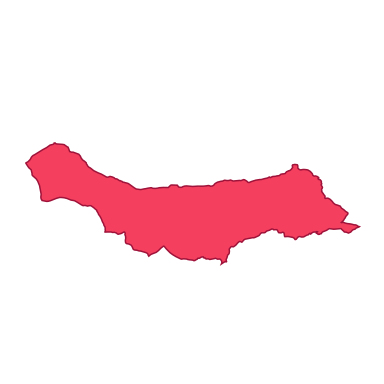 outline of Páramo, Santander, Colombia, rotated 258°
{"feature_id": "7082276B4805358914632", "entity_name": "Páramo", "entity_type": "district", "adm_level": 2, "iso_a3": "COL", "parent_name": "Colombia", "parent_adm1": "Santander", "projection": "robinson", "projection_center": [-73.178, 6.414], "detail": "fine", "context": "isolated", "style": "filled", "palette": "rose", "viewbox_px": 384, "rotation_deg": 258, "n_neighbors": 0, "source": "geoboundaries", "source_scale": "gbopen_adm2", "svg_char_len": 6079}
<svg xmlns="http://www.w3.org/2000/svg" viewBox="0 0 384 384"><g transform="rotate(258 192 192)"><path d="M196.8,300.6L197.6,298.2L197.6,296.1L197.1,295.6L196.3,295.5L195.8,295.6L195.2,295.6L193.7,294.0L192.8,292.6L192.6,290.7L192.1,288.6L190.7,286.9L190.7,285.5L190.9,284.0L190.9,282.7L190.8,282.3L190.0,281.1L189.9,280.7L190.1,278.3L190.0,276.8L190.4,274.3L190.2,273.1L189.8,271.9L189.9,271.4L190.5,271.0L190.6,270.7L190.0,268.8L190.0,265.6L189.8,262.3L190.1,260.7L190.3,256.8L189.9,252.3L189.4,249.8L189.8,248.8L191.3,247.8L192.8,246.2L193.1,245.8L193.4,245.0L193.0,242.6L193.1,241.7L193.4,241.0L194.1,235.2L194.2,234.5L195.7,232.2L195.6,230.4L195.9,228.6L196.7,226.5L196.7,225.9L196.3,224.1L196.3,223.4L196.5,222.9L196.3,218.9L195.5,216.4L194.9,215.5L194.3,214.9L193.9,214.0L193.7,213.4L193.7,211.9L193.8,211.2L194.3,210.8L194.7,210.0L194.9,209.4L195.0,208.3L195.0,207.4L195.4,204.1L196.1,200.8L196.5,199.1L197.3,193.8L199.0,188.2L199.3,186.3L199.2,184.3L198.8,183.1L198.8,182.2L199.5,180.3L199.8,179.9L201.7,179.1L203.1,173.5L203.1,172.9L203.0,172.4L201.3,169.7L202.4,165.0L203.0,160.8L202.9,159.5L203.1,157.0L203.8,154.3L204.5,153.4L204.7,152.9L204.9,150.0L204.9,146.9L205.0,146.1L205.0,143.1L205.1,142.1L206.5,138.1L207.9,136.6L213.4,131.6L214.0,130.7L215.4,127.8L215.8,127.4L215.9,126.6L216.2,126.1L216.9,125.8L217.2,125.4L217.5,124.7L218.1,124.0L218.2,123.4L220.1,121.6L220.5,121.0L220.7,120.1L221.0,119.6L222.1,118.8L223.2,117.3L224.2,115.3L224.3,114.7L224.0,113.5L224.1,112.1L224.5,111.4L228.3,107.1L230.3,104.1L233.3,100.3L236.6,97.6L237.7,96.3L238.8,95.5L240.3,95.1L241.3,94.6L242.6,94.6L244.5,93.2L246.2,91.6L247.0,91.2L247.8,91.0L248.3,90.6L250.2,90.3L252.5,89.1L255.8,83.8L255.8,82.8L257.0,80.8L261.6,80.1L262.1,79.4L264.9,76.8L265.5,75.3L267.0,70.1L267.3,69.3L268.0,68.2L268.5,68.2L268.5,67.3L268.0,67.2L267.5,65.9L267.4,62.9L265.7,59.1L264.4,54.7L261.2,45.8L260.8,44.2L260.1,43.0L259.3,42.0L258.0,41.0L257.3,40.3L255.7,37.9L255.0,35.6L254.6,35.5L251.4,36.7L249.4,37.6L247.2,39.3L243.2,39.4L242.6,39.2L241.8,39.2L241.2,39.4L237.3,42.3L234.8,43.3L230.0,44.2L221.2,44.0L218.5,43.1L217.5,43.0L216.5,43.0L215.5,43.5L214.9,43.5L213.0,47.9L212.8,49.4L212.9,51.6L214.0,58.1L214.2,61.4L213.7,63.5L212.9,65.9L211.6,68.5L209.3,71.9L207.9,75.3L205.7,77.8L202.3,81.3L201.3,82.6L201.2,83.9L201.0,84.8L199.9,87.0L200.0,88.5L199.8,89.7L199.4,90.5L197.0,92.7L195.3,93.9L194.0,95.0L193.4,94.9L190.4,95.9L189.6,95.9L187.0,97.1L186.3,97.2L184.8,97.7L181.5,98.2L179.3,98.9L177.5,99.0L176.0,99.6L174.7,99.6L173.0,99.2L172.2,99.3L171.5,98.7L170.9,98.6L170.2,102.4L169.6,104.9L169.1,105.5L168.9,106.2L168.7,107.7L167.6,109.5L166.4,110.4L166.0,111.2L166.1,113.7L166.3,114.8L166.9,116.5L167.0,117.2L166.8,117.7L165.5,118.1L164.1,117.5L162.9,117.8L160.7,117.6L158.7,116.8L157.5,116.6L156.7,116.5L155.8,116.7L155.1,117.3L154.3,119.3L152.8,121.3L151.3,122.0L148.8,122.5L148.1,122.7L147.6,123.2L147.2,123.8L146.5,126.0L145.5,127.7L144.8,129.7L142.4,134.1L141.4,135.4L140.6,135.9L139.3,136.0L138.2,136.4L139.3,138.4L139.6,139.3L140.4,144.4L141.6,146.9L143.6,150.0L144.8,152.5L144.9,153.0L144.7,153.4L143.9,153.9L141.9,154.9L137.2,157.9L134.8,160.0L132.1,162.9L129.0,166.9L128.5,167.7L128.4,169.9L127.5,172.9L126.9,173.7L126.3,175.2L125.2,178.6L124.4,179.6L124.4,180.6L124.8,181.5L125.1,183.0L125.9,183.7L125.7,185.7L125.9,186.3L126.3,187.2L126.4,188.0L126.3,189.4L126.1,189.6L125.3,189.6L124.7,191.1L124.3,191.1L123.5,192.0L123.3,193.9L122.3,195.4L122.2,200.2L122.3,201.1L122.1,201.5L121.0,203.0L120.7,205.1L120.3,205.7L119.0,206.4L118.3,206.6L117.2,206.6L116.4,206.4L115.5,205.8L116.7,208.8L116.9,209.7L116.6,211.2L116.9,211.4L118.3,211.2L119.2,211.6L120.4,212.5L122.9,213.8L123.7,215.1L124.5,215.7L126.3,216.3L128.3,216.5L128.7,216.8L130.3,218.8L130.4,219.5L130.3,219.9L129.9,220.5L129.8,221.3L130.9,223.8L133.1,226.7L133.7,228.1L133.5,229.0L132.6,230.2L132.8,230.9L133.4,231.5L134.4,232.9L134.8,234.1L134.7,241.7L134.4,242.7L134.4,243.8L135.3,248.0L135.7,248.9L137.0,250.3L137.6,251.5L137.6,251.8L137.2,253.5L137.1,254.7L137.3,255.4L138.0,256.4L138.3,257.3L138.5,259.9L139.2,262.2L138.9,263.4L138.0,264.1L137.8,265.8L137.5,267.1L136.7,267.6L134.4,268.2L134.1,268.5L133.5,270.6L133.8,272.0L133.6,272.7L132.9,273.4L132.5,273.5L129.5,273.3L129.0,273.5L128.6,276.1L128.2,277.5L126.6,281.2L125.9,282.0L125.2,282.5L124.1,282.9L124.0,283.1L124.1,284.1L125.7,286.1L126.1,287.1L126.1,288.0L125.1,290.0L124.9,292.0L125.9,295.2L126.0,297.0L126.8,297.9L127.0,298.5L126.8,299.1L126.3,299.1L126.2,299.2L126.3,299.4L126.6,300.3L127.3,301.1L127.5,302.3L127.2,304.8L127.3,305.8L127.1,306.4L127.0,306.5L126.9,306.3L126.3,305.0L125.9,305.0L124.9,306.4L124.4,306.5L124.2,307.1L124.1,308.0L124.4,308.6L124.4,309.9L125.1,310.4L125.6,311.0L125.9,311.9L126.5,315.5L127.0,316.9L127.4,317.8L127.6,318.7L126.1,323.0L125.8,325.3L125.3,329.6L125.1,330.2L123.5,331.2L122.3,332.1L121.2,332.7L120.6,334.6L119.3,336.5L119.8,338.9L121.2,340.8L121.5,341.5L121.7,342.4L121.7,343.6L122.6,345.1L123.1,348.0L123.3,348.5L124.1,347.1L125.2,346.2L125.8,345.2L126.2,343.7L127.0,342.2L127.8,340.4L128.9,337.2L129.7,335.5L130.7,333.9L130.9,333.3L131.0,331.8L131.1,331.7L131.5,332.5L132.8,334.4L134.3,335.7L135.0,336.7L135.8,337.0L136.3,337.6L137.8,339.6L138.3,340.0L138.9,340.1L139.4,340.0L141.0,338.3L143.0,336.9L145.1,334.9L146.1,334.4L146.9,334.3L147.3,334.1L148.8,331.8L149.9,329.7L150.7,328.9L152.1,327.9L153.5,327.3L156.0,325.7L157.5,324.0L157.9,322.9L158.0,321.0L158.2,320.8L158.7,320.7L159.9,321.2L160.4,321.2L161.0,321.0L162.2,320.3L163.4,320.0L164.0,319.5L164.9,319.3L165.4,318.9L166.0,319.2L167.7,319.3L168.1,319.6L168.5,320.1L169.5,320.6L172.0,319.8L172.4,319.9L172.8,320.5L173.2,320.6L173.5,320.6L174.3,320.4L175.1,320.7L175.5,320.7L176.1,320.6L177.3,319.9L177.7,319.2L177.8,318.8L178.6,318.1L179.0,318.1L179.4,318.9L179.9,318.9L181.2,317.6L182.0,316.2L182.1,315.0L182.8,314.0L183.2,313.7L184.8,313.5L185.8,313.0L187.5,312.0L189.4,310.0L190.0,308.7L190.8,306.1L191.0,304.5L191.0,302.9L191.4,302.1L192.2,301.2L193.4,300.5L195.3,300.9L196.2,300.9L196.8,300.6Z" fill="#f43f5e" stroke="#9f1239" stroke-width="1.5"/></g></svg>